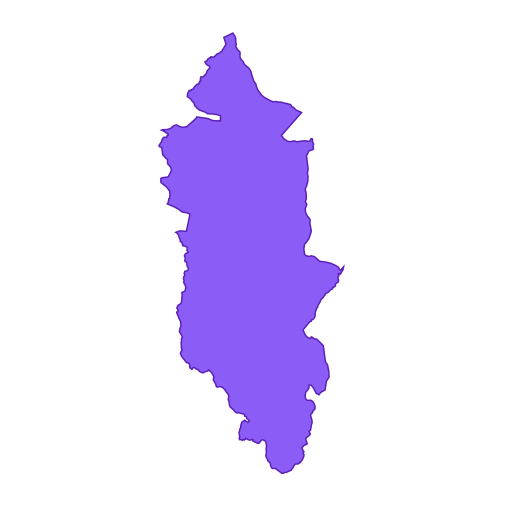 the district of Tatatila, Veracruz, Mexico, rotated 135°
{"feature_id": "50627088B81472042875612", "entity_name": "Tatatila", "entity_type": "district", "adm_level": 2, "iso_a3": "MEX", "parent_name": "Mexico", "parent_adm1": "Veracruz", "projection": "natural_earth1", "projection_center": [-97.084, 19.713], "detail": "fine", "context": "isolated", "style": "filled", "palette": "violet", "viewbox_px": 512, "rotation_deg": 135, "n_neighbors": 0, "source": "geoboundaries", "source_scale": "gbopen_adm2", "svg_char_len": 6134}
<svg xmlns="http://www.w3.org/2000/svg" viewBox="0 0 512 512"><g transform="rotate(135 256 256)"><path d="M201.8,186.4L206.0,186.1L206.4,186.6L206.4,188.0L205.6,189.5L206.4,193.0L208.2,197.8L210.9,202.3L213.4,205.4L214.7,207.5L215.0,213.5L215.5,214.9L216.8,217.1L218.4,217.8L219.3,219.0L220.6,221.2L220.4,222.7L217.4,227.0L213.2,230.1L210.7,230.1L206.5,230.8L200.6,233.7L199.0,234.8L195.3,240.4L191.9,243.7L191.4,248.0L190.1,251.9L187.5,254.8L183.7,256.5L182.6,259.6L179.9,260.9L177.7,263.2L175.4,266.0L174.0,268.5L170.4,269.9L166.7,272.1L163.2,275.2L161.0,278.3L157.6,280.7L149.2,291.5L147.8,291.5L144.6,292.9L142.3,292.0L141.1,291.2L139.8,291.0L138.7,292.0L138.3,293.1L136.5,294.1L135.8,295.0L135.4,297.1L134.6,297.4L133.4,298.7L133.5,299.5L134.1,300.0L136.5,299.3L138.1,300.1L138.9,301.7L141.8,304.5L146.6,308.1L147.6,310.5L150.9,312.5L152.7,315.1L153.4,319.9L152.6,323.3L122.3,325.2L124.5,331.0L124.4,334.7L125.1,335.8L124.6,337.7L124.5,339.0L125.4,339.9L126.0,341.5L127.9,344.1L129.3,346.9L130.3,347.7L133.1,351.6L134.8,352.8L136.3,356.4L138.0,362.6L138.3,365.5L137.3,372.1L136.1,375.2L134.4,377.9L134.0,380.9L130.9,387.2L129.3,389.8L128.4,392.3L128.2,394.8L128.7,398.8L128.5,400.4L127.6,402.6L127.7,404.3L127.4,406.4L126.3,408.4L123.2,411.3L123.0,413.3L123.3,414.4L122.0,418.8L120.3,419.5L119.0,421.7L117.0,423.6L115.6,425.8L114.7,430.0L124.2,433.3L126.7,428.3L127.9,426.8L135.6,425.0L139.3,425.6L140.5,426.4L145.1,426.4L147.2,428.8L148.0,428.2L148.8,429.0L151.0,429.3L152.3,428.7L154.8,429.4L155.6,426.9L155.4,425.4L154.8,423.5L154.9,421.8L159.7,421.4L161.9,420.2L166.1,420.0L167.4,420.7L167.9,421.4L168.7,421.5L170.6,420.1L171.4,418.8L172.4,419.4L173.2,418.4L174.2,418.6L174.8,418.3L175.5,418.3L176.0,419.0L178.9,419.2L181.5,418.9L182.1,418.5L184.2,419.4L184.6,418.9L185.3,419.1L186.2,420.3L188.8,419.5L190.2,418.7L191.9,417.2L191.1,413.4L191.5,412.0L191.7,408.1L193.0,405.6L193.2,401.7L192.8,399.2L189.9,393.0L189.8,391.1L185.7,386.5L183.1,382.7L181.9,380.3L185.7,376.6L186.5,378.0L187.2,378.2L191.1,382.8L192.8,387.2L199.5,396.2L201.3,395.7L213.5,396.4L216.1,398.2L218.0,400.4L219.5,404.9L221.0,405.8L222.8,406.5L225.6,406.5L227.3,407.1L229.4,408.3L232.6,411.2L233.8,411.8L232.7,409.1L232.5,406.7L231.8,404.6L232.1,403.9L232.6,403.6L233.9,404.0L235.3,403.1L237.1,405.0L237.8,405.2L239.7,404.8L242.4,403.5L246.2,402.8L246.8,402.4L246.9,401.5L245.9,399.4L250.5,393.4L250.3,392.3L250.8,389.8L250.3,386.8L252.8,384.3L253.4,382.8L253.4,380.0L253.8,378.7L255.1,376.5L257.6,375.4L261.4,374.3L262.4,374.2L263.4,374.7L264.2,375.7L265.3,376.2L266.2,377.2L267.6,378.0L268.7,378.1L269.6,376.6L270.4,376.3L271.2,375.1L270.9,371.6L270.5,370.5L270.7,370.0L270.5,366.9L271.3,362.7L273.5,360.2L276.2,357.9L277.3,358.1L279.8,356.1L281.9,355.6L279.0,348.4L277.9,344.9L277.1,339.4L276.1,337.7L274.3,335.6L273.2,332.2L287.7,322.7L292.3,327.8L296.0,329.4L295.6,327.6L296.1,325.3L297.1,323.7L298.2,321.1L299.3,319.7L298.7,318.0L299.3,317.2L299.6,316.0L300.4,315.5L300.4,314.7L299.7,314.0L299.1,313.0L298.5,310.6L300.8,308.9L301.3,306.6L304.5,307.5L306.6,306.7L307.0,305.3L307.9,304.2L309.7,303.0L310.1,302.2L309.4,300.5L311.1,298.6L312.1,297.1L312.2,295.6L313.3,294.4L315.1,294.2L317.1,295.5L319.0,294.6L319.3,293.5L320.4,292.7L322.0,292.3L323.4,291.2L324.0,289.7L325.7,288.6L327.1,284.7L328.0,283.2L331.2,281.4L333.8,282.5L334.7,282.4L334.8,281.5L341.5,275.9L343.3,275.6L345.9,276.2L347.6,275.8L348.9,275.0L349.0,273.7L350.2,272.0L351.7,272.4L352.4,271.6L352.7,270.1L353.2,269.8L353.5,268.2L354.2,267.3L355.7,262.8L358.3,259.8L361.4,258.3L363.6,256.7L364.8,252.2L365.5,250.7L367.3,250.2L368.8,248.4L369.7,248.1L373.7,243.8L374.8,241.7L376.2,241.5L378.3,240.6L379.7,237.3L380.5,229.5L379.7,228.8L379.4,227.2L380.0,225.8L381.1,224.8L381.8,223.3L381.4,222.5L381.6,221.4L380.9,221.1L380.0,221.6L378.7,221.0L378.2,219.4L378.2,218.1L377.3,216.8L377.6,214.5L376.6,211.4L375.5,210.5L374.5,210.4L371.2,208.8L370.1,209.0L369.8,205.5L370.9,200.9L373.8,198.5L375.1,193.7L376.1,192.4L376.2,190.8L373.4,188.9L372.6,186.2L372.5,184.0L373.1,181.3L373.4,178.5L374.3,176.1L377.1,174.2L378.2,171.9L380.2,169.3L381.0,167.4L380.7,163.8L381.0,159.9L380.2,158.2L378.8,157.2L378.0,155.3L376.8,153.7L376.4,152.1L377.2,150.6L376.3,149.4L377.4,147.9L377.2,146.3L377.3,144.4L378.5,143.7L379.4,144.2L380.1,147.9L383.3,148.5L386.8,146.9L388.5,145.1L389.4,145.2L393.0,143.0L395.3,139.8L397.1,138.7L397.3,137.4L396.5,137.1L395.9,135.1L395.2,135.3L394.4,135.0L394.4,134.3L393.2,133.9L392.2,134.3L391.6,132.0L390.8,130.5L389.5,129.4L388.7,129.4L388.1,128.2L388.8,127.9L388.9,127.3L388.5,126.8L388.5,125.2L388.0,124.7L387.2,122.2L385.9,121.5L382.2,122.0L381.0,121.0L380.5,119.6L380.4,118.3L380.8,117.0L383.1,114.0L385.8,112.0L386.7,110.6L388.9,108.7L390.2,107.9L390.9,106.8L391.8,103.8L392.5,102.8L392.5,101.8L392.2,100.7L392.4,99.6L393.9,97.3L394.8,95.3L394.5,94.1L392.5,91.9L391.4,84.2L390.5,83.1L389.0,82.8L387.7,81.7L382.5,79.6L380.8,80.1L379.5,80.1L377.4,80.9L375.3,81.0L373.3,79.2L371.8,79.1L371.4,78.7L367.5,79.1L364.3,80.3L362.6,81.5L362.1,83.2L361.8,83.6L360.8,83.5L360.4,84.0L360.2,85.4L359.2,88.0L354.9,88.0L353.4,86.8L352.4,87.2L350.9,90.4L349.4,92.0L344.4,91.4L343.4,92.0L342.6,94.5L340.6,94.3L336.3,97.4L334.1,98.5L332.5,100.4L330.3,104.4L328.9,105.4L327.0,105.2L325.2,106.2L323.2,106.1L322.1,106.4L320.2,108.4L318.8,112.1L319.1,115.1L322.0,118.0L321.8,120.0L320.5,122.0L318.7,123.5L317.0,124.6L313.9,124.7L311.8,125.3L309.8,127.2L308.3,126.0L308.7,122.0L310.5,116.4L309.7,113.4L306.7,113.8L302.0,112.4L294.7,117.7L289.9,118.7L285.9,123.2L282.6,128.1L281.5,132.4L271.8,145.0L271.8,152.4L272.0,154.5L273.2,155.8L273.6,158.6L274.1,159.7L274.9,159.3L276.0,159.5L276.9,161.2L277.2,163.2L276.9,165.4L275.1,170.5L264.6,171.5L263.0,170.8L262.2,171.6L260.5,170.8L258.2,171.1L256.1,172.1L254.1,174.2L250.3,176.0L248.9,176.2L247.2,177.2L242.3,178.5L240.8,179.5L238.7,179.1L234.3,179.8L233.5,180.3L230.6,179.2L226.9,179.4L225.0,178.6L224.0,179.5L222.4,178.7L220.8,178.8L219.6,180.1L216.2,179.5L214.9,180.3L213.1,183.1L212.1,183.2L211.2,183.6L210.3,185.3L209.8,185.0L209.5,184.0L209.0,183.5L204.2,184.8L201.8,186.4Z" fill="#8b5cf6" stroke="#5b21b6" stroke-width="1.5"/></g></svg>